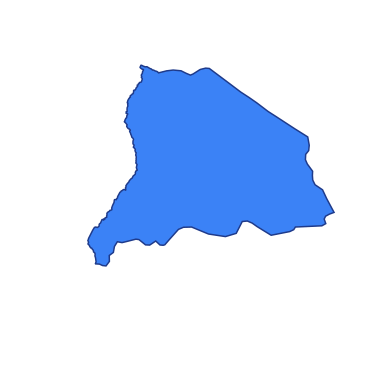 Kadei, Est, Cameroon, rotated 221°
{"feature_id": "32672807B29047919086815", "entity_name": "Kadei", "entity_type": "district", "adm_level": 2, "iso_a3": "CMR", "parent_name": "Cameroon", "parent_adm1": "Est", "projection": "orthographic", "projection_center": [14.712, 4.477], "detail": "fine", "context": "isolated", "style": "filled", "palette": "blue", "viewbox_px": 384, "rotation_deg": 221, "n_neighbors": 0, "source": "geoboundaries", "source_scale": "gbopen_adm2", "svg_char_len": 3682}
<svg xmlns="http://www.w3.org/2000/svg" viewBox="0 0 384 384"><g transform="rotate(221 192 192)"><path d="M296.7,260.1L296.8,260.0L297.1,260.0L297.8,259.9L298.9,259.3L301.0,258.8L301.9,258.1L303.3,258.2L304.5,257.7L308.2,257.0L309.6,255.6L310.3,255.5L310.9,255.1L312.1,254.9L313.3,254.5L313.7,254.0L313.3,253.1L313.1,252.1L312.3,251.8L310.4,251.9L309.2,252.5L308.7,252.3L308.3,250.5L307.3,248.9L307.1,247.3L306.4,246.4L305.8,246.3L305.3,245.2L304.1,245.0L303.6,244.6L302.5,242.0L302.6,241.3L302.7,241.2L303.5,240.1L303.1,239.2L303.4,238.4L303.0,237.5L303.4,236.7L303.1,236.4L302.6,236.2L302.4,235.9L302.5,234.2L301.9,232.5L301.9,231.7L302.6,230.7L302.6,230.2L302.0,229.7L301.7,228.9L301.1,228.1L301.0,227.4L301.4,226.8L301.3,225.9L301.6,224.8L301.7,224.4L301.6,223.9L300.8,223.2L301.1,222.4L300.8,221.7L300.9,220.9L300.5,219.1L299.5,217.0L299.1,216.8L298.8,217.0L298.4,216.7L298.0,215.9L296.8,214.8L296.2,213.0L295.1,211.6L293.9,210.4L294.1,209.8L294.3,209.5L293.7,208.6L293.3,208.2L293.0,208.3L292.3,208.9L291.7,208.7L291.5,208.2L291.3,207.0L290.2,205.3L290.1,204.7L290.3,204.2L289.7,202.1L289.1,201.3L289.2,200.8L288.9,200.6L287.7,200.6L286.9,200.5L285.0,200.1L284.6,199.0L284.2,198.6L282.8,198.2L282.4,198.1L281.2,198.1L280.8,198.4L279.4,198.3L279.0,198.0L279.1,197.1L278.6,196.7L277.6,196.3L277.0,196.1L276.1,195.4L274.9,194.9L273.4,193.9L271.7,193.8L270.9,193.5L270.4,193.0L270.0,191.8L268.4,189.9L267.7,189.5L266.6,189.4L266.2,189.0L265.7,187.4L264.8,187.5L264.4,187.2L263.0,187.1L262.6,186.8L262.3,186.0L261.0,185.1L259.9,185.0L258.7,182.9L257.8,182.5L256.5,181.3L256.0,180.4L255.2,179.7L254.8,178.8L253.8,178.0L253.5,177.1L251.5,176.7L250.1,174.0L249.4,173.7L249.0,173.1L248.3,173.0L247.7,172.6L248.1,171.2L247.7,169.7L246.8,168.8L246.5,167.9L246.9,165.5L246.3,163.2L246.7,161.8L246.7,159.4L246.3,158.4L246.3,155.5L246.0,153.4L245.1,152.5L245.0,151.6L243.7,150.5L243.4,149.9L244.5,149.6L245.2,149.0L245.2,148.9L245.5,148.3L245.6,147.3L246.1,146.4L245.9,145.3L246.2,144.5L245.1,139.7L244.3,138.6L244.5,137.8L244.1,136.6L245.0,136.0L245.4,135.4L245.3,134.9L244.0,133.0L243.8,132.2L243.1,129.7L242.1,127.2L241.1,126.4L240.9,125.9L241.3,125.1L241.9,124.2L241.7,123.6L242.4,121.1L242.1,119.9L241.0,118.8L240.7,117.8L239.9,117.2L239.8,116.9L240.3,116.0L240.6,115.3L240.0,114.3L240.1,114.0L240.7,114.1L240.9,113.8L240.7,113.6L240.5,113.3L240.4,112.9L241.6,112.5L241.8,112.1L240.7,108.6L240.9,107.1L240.7,106.5L240.0,105.7L239.7,104.9L240.1,103.2L241.7,102.4L242.0,101.8L242.4,101.3L241.9,98.2L239.6,89.1L239.2,88.4L238.7,87.0L237.1,86.3L236.7,85.0L236.1,84.4L234.5,84.4L233.3,83.7L232.5,83.6L231.7,83.4L230.9,83.8L229.6,83.4L228.3,83.3L227.0,82.2L225.3,82.2L224.3,81.5L223.4,80.2L223.2,80.0L221.7,79.1L218.6,76.4L217.9,74.6L217.6,74.5L214.5,76.9L211.3,77.8L208.4,79.8L208.8,85.4L212.8,89.8L211.7,94.8L214.8,100.0L215.7,105.5L211.6,107.9L208.6,112.1L203.4,119.6L200.8,121.3L192.4,121.6L189.1,124.2L187.2,131.2L181.4,131.0L178.8,132.9L177.9,134.3L177.9,141.4L177.7,154.9L175.3,159.8L169.3,165.3L152.0,171.1L137.5,180.3L131.5,189.8L134.7,202.7L131.2,206.4L126.2,208.0L120.2,208.6L111.0,210.1L103.9,211.3L92.3,226.2L91.5,228.0L90.5,230.3L91.0,233.4L71.8,251.7L70.3,255.9L74.5,258.3L75.3,261.4L73.8,265.4L71.4,269.8L85.9,275.3L94.9,279.3L103.9,278.2L108.2,280.0L108.8,280.3L112.0,283.5L114.6,286.8L123.0,288.7L123.6,288.9L127.6,290.8L130.9,295.0L131.1,299.8L134.2,304.2L140.8,309.5L156.2,307.1L178.6,304.0L187.4,302.7L201.3,301.8L210.7,300.8L220.8,299.4L233.8,298.5L260.0,296.6L263.0,294.4L266.1,290.0L266.4,289.2L268.6,281.8L269.9,279.2L274.4,277.7L279.8,276.3L286.2,271.7L290.8,266.6L291.4,265.7L295.4,260.0L296.7,260.1Z" fill="#3b82f6" stroke="#1e3a8a" stroke-width="1.5"/></g></svg>